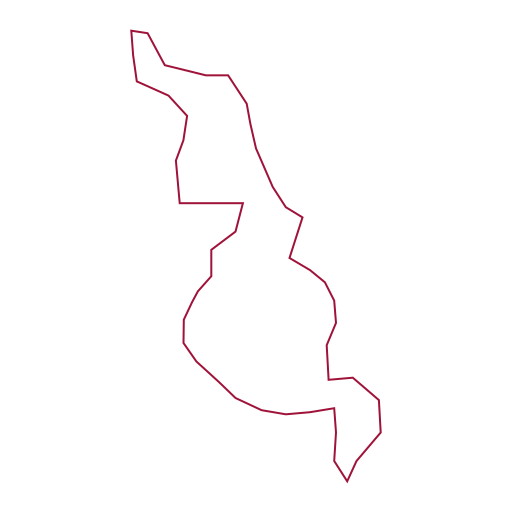 Nisou, Nicosia, Cyprus (Equal Earth projection)
{"feature_id": "46923920B45466837348284", "entity_name": "Nisou", "entity_type": "district", "adm_level": 2, "iso_a3": "CYP", "parent_name": "Cyprus", "parent_adm1": "Nicosia", "projection": "equal_earth", "projection_center": [33.387, 35.036], "detail": "fine", "context": "isolated", "style": "outline", "palette": "rose", "viewbox_px": 512, "rotation_deg": 0, "n_neighbors": 0, "source": "geoboundaries", "source_scale": "gbopen_adm2", "svg_char_len": 706}
<svg xmlns="http://www.w3.org/2000/svg" viewBox="0 0 512 512"><path d="M131.3,30.7L133.1,55.1L136.8,81.4L168.5,95.6L187.1,115.9L183.4,140.3L175.9,160.6L179.7,203.2L211.3,203.2L242.9,203.2L235.5,231.6L211.3,249.8L211.3,276.2L197.9,291.3L192.1,302.1L183.8,319.7L183.5,343.0L196.4,361.5L218.7,381.8L235.5,398.0L261.6,410.2L285.8,414.3L310.0,412.2L334.2,408.2L336.0,432.5L334.2,461.0L347.2,481.3L356.5,461.0L380.7,432.5L378.9,400.1L352.8,377.7L328.6,379.8L326.7,345.2L336.0,322.9L334.2,300.6L324.9,282.3L310.0,270.1L289.5,258.0L302.5,217.4L285.8,207.2L272.7,186.9L256.0,148.4L250.4,124.0L246.7,103.7L228.1,75.3L205.7,75.3L164.8,65.2L147.6,33.2L131.3,30.7Z" fill="none" stroke="#9f1239" stroke-width="2"/></svg>